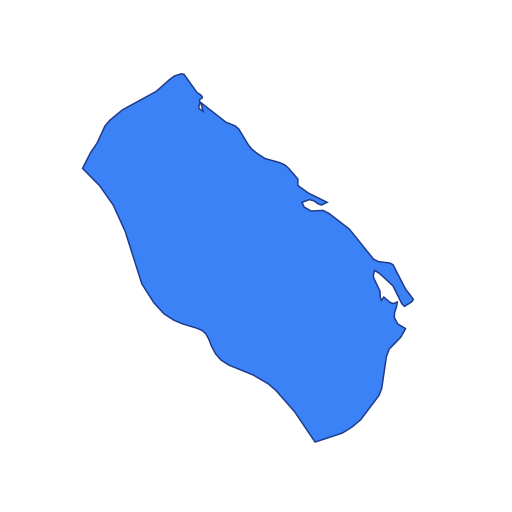 the border of Bình Định, rotated 328°
{"feature_id": "VNM-485", "entity_name": "Bình Định", "entity_type": "Province", "adm_level": 1, "iso_a3": "VNM", "parent_name": "Vietnam", "parent_adm1": "", "projection": "albers", "projection_center": [109.055, 14.11], "detail": "fine", "context": "isolated", "style": "filled", "palette": "blue", "viewbox_px": 512, "rotation_deg": 328, "n_neighbors": 0, "source": "natural_earth", "source_scale": "10m", "svg_char_len": 1398}
<svg xmlns="http://www.w3.org/2000/svg" viewBox="0 0 512 512"><g transform="rotate(328 256 256)"><path d="M291.2,63.7L292.6,86.3L294.4,89.8L294.8,92.2L294.1,93.5L291.0,93.4L289.1,97.0L286.9,98.6L285.8,100.9L287.8,105.3L289.9,98.6L290.2,95.8L301.4,126.6L307.2,134.5L308.7,139.3L308.4,157.8L309.0,162.6L310.8,168.3L315.2,178.0L325.7,189.5L328.7,194.1L330.1,198.8L332.3,213.0L328.9,218.3L333.6,230.1L344.8,248.2L338.6,247.5L336.1,244.3L334.5,240.1L331.1,236.4L323.4,234.9L322.8,240.2L326.6,247.1L336.9,252.8L340.3,258.2L349.4,282.6L354.0,320.9L356.9,325.7L365.7,332.8L367.6,336.0L365.3,362.9L366.5,376.1L363.8,377.4L355.2,377.4L354.4,373.7L356.3,353.8L351.7,336.9L349.0,331.1L344.9,334.9L344.0,338.4L342.6,351.2L339.2,357.7L338.8,360.1L342.6,358.5L345.1,366.4L347.3,369.2L351.5,369.9L347.8,374.0L343.7,377.2L340.7,381.5L340.2,388.8L344.2,396.5L344.3,396.9L343.4,397.4L335.7,401.6L319.7,405.5L313.3,410.4L292.3,435.1L286.2,439.5L258.1,450.3L246.7,451.9L235.4,451.9L207.5,445.1L206.2,408.4L201.6,380.4L198.6,370.8L190.3,355.1L175.2,334.2L171.1,325.5L169.9,317.6L170.5,308.7L171.9,301.6L172.2,295.3L170.9,290.8L167.7,286.0L157.8,274.7L152.4,267.1L147.3,256.2L144.6,241.5L144.4,219.2L158.1,165.8L161.9,137.3L160.6,113.4L155.3,89.8L170.2,80.8L181.1,76.0L196.8,65.7L204.1,63.4L220.1,61.3L258.5,63.5L276.5,60.5L282.3,60.1L289.2,61.9L291.2,63.7Z" fill="#3b82f6" stroke="#1e3a8a" stroke-width="1.5"/></g></svg>